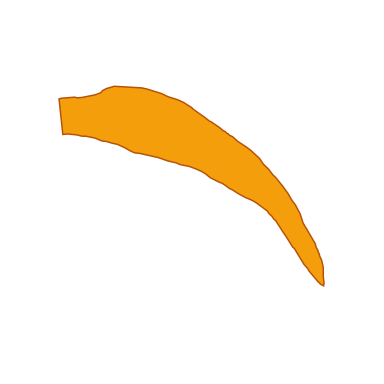 La Libertad, Huehuetenango, Guatemala, rotated 330°
{"feature_id": "79465075B32919336538902", "entity_name": "La Libertad", "entity_type": "district", "adm_level": 2, "iso_a3": "GTM", "parent_name": "Guatemala", "parent_adm1": "Huehuetenango", "projection": "equal_earth", "projection_center": [-91.902, 15.54], "detail": "fine", "context": "isolated", "style": "filled", "palette": "amber", "viewbox_px": 384, "rotation_deg": 330, "n_neighbors": 0, "source": "geoboundaries", "source_scale": "gbopen_adm2", "svg_char_len": 1530}
<svg xmlns="http://www.w3.org/2000/svg" viewBox="0 0 384 384"><g transform="rotate(330 192 192)"><path d="M259.1,339.1L260.7,337.1L263.4,330.9L267.9,323.1L270.2,315.7L270.6,311.0L271.3,309.3L271.3,306.9L271.8,305.9L272.0,301.6L272.9,298.4L272.7,274.4L274.7,265.2L275.0,256.8L275.1,254.7L274.4,249.2L274.4,241.1L273.4,231.9L271.7,221.1L270.6,217.6L269.7,210.3L267.7,203.6L267.3,196.9L263.8,185.5L261.3,179.7L256.9,171.0L254.8,164.4L252.8,161.5L252.3,159.3L251.6,158.7L250.9,156.2L249.6,154.4L248.1,150.1L243.6,140.7L242.5,139.2L240.6,134.4L237.7,128.0L234.5,121.1L234.0,118.9L229.4,110.1L225.5,104.7L218.8,97.4L214.9,91.6L204.5,80.3L200.5,76.7L177.6,61.6L169.5,59.6L164.8,59.5L162.9,60.4L156.9,59.5L144.0,55.1L139.6,53.0L137.9,51.3L135.1,49.9L125.8,45.5L123.4,44.9L108.9,77.6L112.9,79.3L120.6,84.8L124.7,88.7L127.9,90.6L134.8,96.6L139.2,102.4L140.5,103.6L142.9,105.2L147.4,110.0L151.2,113.4L156.5,120.9L158.0,123.7L158.9,125.3L161.9,129.4L166.0,132.4L175.7,141.4L179.7,145.0L186.6,153.0L193.1,159.1L195.0,161.9L202.5,168.6L206.5,173.4L207.7,175.0L210.9,179.5L212.8,183.0L215.0,188.9L221.2,198.2L222.0,198.6L223.5,201.6L224.2,203.0L226.2,207.7L228.1,210.5L232.1,218.0L234.8,222.2L235.3,223.2L238.0,226.7L238.6,227.5L240.3,230.0L242.1,233.2L242.9,234.9L243.4,236.2L247.7,246.0L247.9,249.5L249.0,252.7L249.4,257.0L250.1,258.3L250.9,273.8L251.2,277.1L251.5,285.3L251.7,290.1L252.4,292.1L252.8,310.6L253.9,316.1L253.9,319.3L256.4,333.5L257.0,334.4L257.1,336.0L259.1,339.1Z" fill="#f59e0b" stroke="#b45309" stroke-width="1.5"/></g></svg>